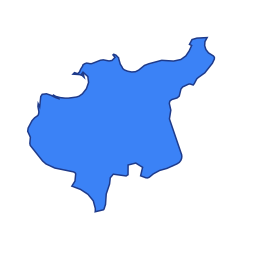 SVG path tracing the border of Oristrano, rotated 78°
{"feature_id": "ITA-5373", "entity_name": "Oristrano", "entity_type": "Province", "adm_level": 1, "iso_a3": "ITA", "parent_name": "Italy", "parent_adm1": "", "projection": "orthographic", "projection_center": [8.647, 40.028], "detail": "fine", "context": "isolated", "style": "filled", "palette": "blue", "viewbox_px": 256, "rotation_deg": 78, "n_neighbors": 0, "source": "natural_earth", "source_scale": "10m", "svg_char_len": 1843}
<svg xmlns="http://www.w3.org/2000/svg" viewBox="0 0 256 256"><g transform="rotate(78 128 128)"><path d="M85.6,210.8L89.0,210.0L79.1,206.8L77.2,204.9L77.6,200.6L80.1,196.4L83.2,192.5L85.0,189.5L83.8,189.5L83.1,191.2L82.2,192.6L81.1,193.8L79.8,194.6L82.1,192.1L84.2,187.9L85.7,183.4L86.4,180.0L87.0,172.0L86.7,169.2L85.1,165.5L80.9,160.5L75.3,157.1L69.3,156.6L64.0,160.4L65.3,161.9L65.9,160.6L66.8,160.4L67.9,160.5L69.3,160.4L67.1,161.9L65.7,164.2L63.9,170.6L62.7,168.8L64.4,166.0L63.1,163.8L60.7,162.1L57.9,159.4L57.3,159.2L56.8,158.8L56.1,156.9L55.9,155.0L56.5,153.4L57.2,151.8L57.5,150.1L56.0,140.9L56.2,138.0L58.5,132.6L58.6,129.5L56.2,126.0L53.4,127.5L52.9,126.6L54.3,124.6L57.5,122.6L58.1,122.7L63.9,122.3L67.3,121.1L68.7,120.8L70.4,119.5L72.4,116.5L74.0,112.7L74.5,109.0L73.6,105.5L70.2,98.9L69.5,94.3L68.8,81.0L72.0,69.5L72.0,62.0L69.5,56.4L65.3,52.1L60.5,48.6L59.0,50.5L54.8,47.0L54.4,42.0L56.0,31.8L59.5,34.8L63.4,35.9L67.4,35.5L71.2,33.7L75.3,29.5L76.8,28.8L78.5,29.2L82.2,32.0L90.0,41.4L93.2,48.7L94.2,50.5L98.3,53.9L99.5,55.3L97.8,58.2L97.7,59.7L99.2,66.0L100.9,68.1L107.5,71.3L108.8,73.7L109.3,79.4L110.5,81.6L112.6,82.5L119.4,82.4L127.7,85.6L165.4,81.1L167.2,81.3L168.9,81.9L170.7,83.1L172.3,85.0L173.3,87.6L175.6,98.3L176.1,105.9L178.1,112.7L180.6,117.5L180.9,119.3L180.4,120.9L177.4,125.6L169.5,121.9L163.9,127.7L164.2,135.6L173.7,137.7L174.5,139.8L170.1,152.0L173.0,155.7L179.0,157.7L188.0,163.0L198.1,165.9L202.3,168.3L202.7,168.7L202.9,169.1L203.1,177.5L202.3,177.2L199.8,176.7L192.0,177.1L184.6,180.9L178.2,187.2L173.2,195.0L168.9,190.9L162.0,188.7L161.1,188.9L160.4,189.5L159.6,190.4L151.9,208.0L146.1,215.7L142.5,218.4L124.8,227.2L122.7,227.2L116.7,225.4L110.4,226.8L107.3,225.7L100.8,220.3L98.6,217.2L97.1,213.7L96.2,212.8L93.8,211.8L88.2,211.6L85.6,210.8Z" fill="#3b82f6" stroke="#1e3a8a" stroke-width="1.5"/></g></svg>